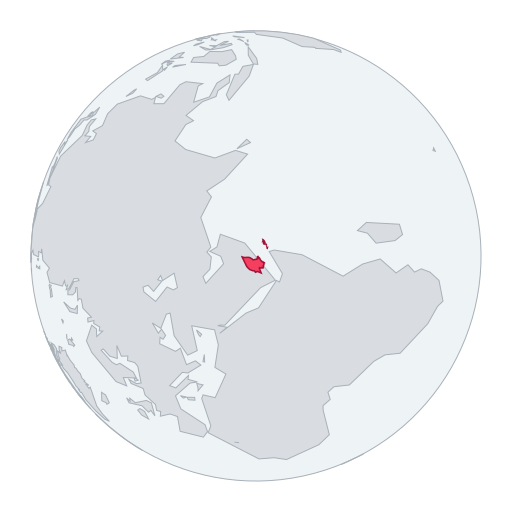 globe centered on Hadramawt, rotated 252°
{"feature_id": "YEM-3497", "entity_name": "Hadramawt", "entity_type": "Governorate", "adm_level": 1, "iso_a3": "YEM", "parent_name": "Yemen", "parent_adm1": "", "projection": "orthographic", "projection_center": [51.058, 15.554], "detail": "fine", "context": "on_globe", "style": "filled", "palette": "rose", "viewbox_px": 512, "rotation_deg": 252, "n_neighbors": 0, "source": "natural_earth", "source_scale": "10m", "svg_char_len": 11869}
<svg xmlns="http://www.w3.org/2000/svg" viewBox="0 0 512 512"><g transform="rotate(252 256 256)"><circle cx="256" cy="256" r="225" fill="#eef3f6" stroke="#a8b0b8"/><path d="M216.2,34.3L215.5,34.4L212.4,35.0L216.2,34.3ZM201.5,37.4L202.7,37.1L195.4,39.1L192.5,39.8L201.5,37.4ZM153.2,55.5L155.5,54.5L140.9,62.4L127.0,71.6L123.6,74.0L122.1,74.8L137.3,64.6L153.2,55.5ZM31.3,272.6L32.2,280.6L34.0,293.9L34.5,297.1L31.3,272.6ZM326.9,42.2L318.9,39.8L319.8,39.9L326.9,42.2ZM312.3,38.2L311.3,38.1L310.3,37.6L312.3,38.2ZM225.7,32.8L226.4,32.7L223.0,33.2L222.2,33.3L218.7,33.8L225.7,32.8ZM220.1,33.6L221.2,33.6L217.1,34.4L216.4,34.2L220.1,33.6ZM231.1,32.1L232.0,32.0L229.4,32.3L231.1,32.1ZM203.1,37.8L205.6,37.0L208.9,36.4L203.1,37.8ZM221.9,33.6L223.3,33.3L224.9,33.1L224.7,33.3L221.9,33.6ZM240.6,31.3L239.0,31.4L244.8,31.0L243.7,31.3L236.8,31.7L239.3,31.6L238.9,31.7L233.7,32.0L240.6,31.3ZM229.3,33.0L220.2,34.2L214.8,35.7L211.7,36.2L220.9,33.8L229.3,33.0ZM232.4,32.3L229.8,32.8L227.2,32.9L227.4,32.7L232.4,32.3ZM245.4,31.4L248.9,30.9L250.3,30.9L245.4,31.4ZM228.3,33.4L230.5,33.1L228.2,33.4L228.3,33.4ZM240.7,31.8L241.7,31.6L243.3,31.6L240.7,31.8ZM234.1,33.0L231.1,33.3L231.1,33.0L234.1,33.0ZM237.5,32.4L239.4,32.5L232.9,32.7L237.7,32.3L237.5,32.4ZM242.0,31.9L243.2,31.8L241.3,32.0L242.0,31.9ZM235.6,34.1L227.5,34.6L227.6,33.8L235.5,33.4L235.6,34.1ZM355.1,53.7L360.5,56.7L366.7,60.1L367.8,60.5L377.0,66.0L392.4,77.0L375.3,66.0L351.3,52.3L360.7,57.3L357.2,55.8L359.7,57.6L366.5,61.6L368.1,62.2L371.9,69.3L385.4,82.4L387.8,80.7L394.0,84.2L411.4,101.1L424.4,128.1L432.7,135.8L436.3,141.5L435.9,146.0L430.7,137.6L426.1,135.4L423.2,130.4L420.8,135.8L416.5,128.9L416.7,137.1L421.7,142.1L425.4,139.4L427.4,150.3L437.1,158.8L443.3,171.0L444.0,195.6L437.2,205.2L437.8,209.4L432.4,205.9L429.3,215.4L442.4,236.5L443.4,243.3L436.4,258.6L435.6,253.6L421.5,244.2L421.7,260.9L432.5,272.2L436.3,287.3L429.2,284.1L425.0,270.9L420.0,267.2L419.3,252.8L411.3,232.9L404.0,238.4L402.7,229.9L390.5,214.5L379.0,222.0L361.9,247.2L362.8,269.1L355.5,279.5L338.8,249.9L333.1,229.3L326.0,231.9L309.7,215.4L278.4,215.8L275.0,210.5L268.9,213.2L257.6,208.0L252.8,199.2L245.5,199.8L258.6,222.8L266.6,222.4L274.7,213.4L276.7,221.7L287.7,228.8L271.8,249.3L227.0,266.9L224.5,250.6L199.8,205.0L201.5,200.2L201.5,199.6L201.3,198.6L197.2,206.4L193.6,197.6L204.8,229.0L205.9,242.4L226.4,267.9L224.0,270.4L231.1,275.7L256.2,269.9L256.0,275.3L243.0,300.2L209.9,332.6L215.4,354.9L214.8,373.2L196.6,384.0L200.7,397.8L191.7,401.8L192.7,409.3L186.9,416.5L176.2,422.5L155.3,419.9L152.0,413.1L138.5,398.4L119.0,363.0L122.1,348.2L119.4,335.5L104.5,304.9L107.6,289.7L104.2,282.3L96.7,282.3L92.9,273.5L88.6,272.2L63.4,270.5L57.1,257.5L53.0,222.1L58.6,210.8L62.1,196.1L102.7,155.9L108.5,160.6L137.2,160.3L140.3,162.7L133.9,173.4L153.0,190.9L162.8,182.5L183.1,192.7L198.6,193.8L209.5,173.3L184.2,170.9L182.8,160.4L205.5,153.5L228.2,156.7L228.4,152.8L216.6,143.1L224.4,136.7L212.8,139.3L215.6,143.5L208.4,145.5L205.5,141.9L208.3,139.6L202.3,137.3L190.2,150.0L191.7,155.6L174.1,156.3L175.0,166.0L169.3,169.9L165.8,155.0L168.1,150.0L159.4,133.8L155.3,139.0L163.3,154.9L159.7,153.2L154.3,161.4L155.5,153.9L147.9,136.2L133.8,137.3L111.3,155.4L104.0,155.6L100.0,150.0L112.7,129.7L127.6,131.7L132.3,125.5L133.2,115.5L137.6,117.3L139.8,113.8L145.8,114.5L158.1,107.5L164.8,107.8L173.3,97.9L177.9,97.0L171.5,102.9L170.7,107.5L187.7,109.5L192.1,107.7L196.3,101.5L200.5,103.2L202.3,97.0L213.9,96.0L201.4,92.4L205.9,86.0L214.9,82.0L214.2,79.6L199.5,86.2L195.7,89.6L196.0,93.4L183.6,103.4L177.0,104.5L181.4,92.3L172.4,92.9L179.8,84.1L215.0,70.0L227.7,68.5L241.0,78.4L235.9,81.7L228.6,79.6L231.9,87.0L233.3,83.7L236.7,85.5L242.0,80.8L244.7,81.9L245.1,75.8L249.0,76.7L248.7,80.6L259.8,75.3L268.9,76.5L270.1,74.8L268.8,72.8L281.2,76.1L281.6,74.8L277.6,73.2L275.7,69.7L277.3,65.1L281.5,66.5L281.5,68.3L287.9,74.7L287.3,80.0L289.2,80.2L290.7,76.0L282.9,68.1L282.6,65.0L287.1,68.2L285.4,66.8L286.6,65.7L291.7,66.2L287.2,62.6L294.5,51.6L305.1,52.2L308.3,55.8L317.8,52.0L329.1,54.4L325.4,52.7L327.5,50.6L324.0,49.7L322.4,48.8L326.2,44.9L330.4,45.6L327.9,43.3L326.0,42.6L322.8,41.8L318.9,39.8L326.9,42.2L355.1,53.7ZM85.6,178.0L83.7,182.2L85.6,178.0ZM250.2,171.5L265.0,172.8L261.5,159.6L266.9,159.3L263.8,155.2L261.2,158.7L254.0,147.7L261.5,144.3L261.3,138.9L256.4,138.3L243.8,146.5L254.0,161.8L249.3,167.0L250.2,171.5ZM117.7,78.2L122.2,74.9L117.6,78.3L111.8,83.2L106.0,88.0L109.9,84.6L108.3,85.9L109.9,84.5L117.7,78.2ZM146.0,95.9L146.8,98.4L142.6,102.0L134.2,103.5L140.1,98.1L146.0,95.9ZM148.8,101.3L155.6,89.9L161.1,89.1L156.8,91.4L159.8,92.0L153.8,95.9L152.5,107.1L148.7,111.1L135.2,110.5L141.7,108.2L140.6,105.6L148.8,101.3ZM163.0,68.0L166.0,64.6L174.1,67.0L170.4,70.0L161.7,71.1L161.0,68.4L163.0,68.0ZM186.3,41.9L187.0,41.6L188.6,41.1L189.4,40.9L186.3,41.9ZM180.2,43.9L179.4,44.2L183.6,42.9L186.6,41.9L197.5,38.7L207.2,36.1L213.0,34.9L214.5,34.9L213.1,35.3L209.7,35.8L210.2,36.0L204.3,37.1L204.0,37.5L185.3,43.0L185.1,42.9L174.5,47.2L169.7,48.5L176.7,45.5L165.1,50.2L169.6,48.1L161.7,51.5L177.9,44.7L178.1,44.6L180.2,43.9ZM228.9,43.1L225.7,42.0L225.5,45.6L219.6,45.5L220.0,45.9L214.5,47.0L208.5,49.3L206.2,49.0L204.9,50.1L201.2,51.1L198.5,52.5L193.6,52.7L190.0,54.7L189.7,53.7L184.7,57.1L186.2,54.7L181.6,56.2L182.6,57.8L162.4,58.2L152.9,61.3L144.0,65.5L147.7,61.7L158.4,55.7L171.6,49.9L180.4,47.9L180.5,46.9L184.7,45.7L182.8,47.0L188.2,44.5L191.1,44.0L202.9,40.8L208.8,38.2L213.3,37.2L212.5,38.1L217.5,36.6L219.0,37.7L222.2,37.2L226.9,38.0L223.5,40.4L227.4,39.7L231.1,40.8L228.9,43.1ZM236.7,34.4L234.0,36.5L229.4,37.7L223.1,35.8L220.0,36.2L215.8,35.7L222.5,34.1L223.1,34.3L225.2,34.2L222.3,34.7L226.2,34.2L227.1,34.7L230.5,34.5L228.7,35.2L236.7,34.4ZM145.7,159.2L148.4,160.1L153.1,160.3L149.8,165.8L145.7,159.2ZM140.2,147.2L142.9,146.9L140.5,154.0L137.7,153.4L140.2,147.2ZM146.5,141.0L143.3,146.3L143.3,143.0L146.5,141.0ZM174.3,102.5L177.5,102.1L177.0,103.7L174.3,105.7L174.3,102.5ZM227.3,56.1L226.2,54.7L227.6,54.3L229.7,50.7L234.2,50.9L234.7,53.1L227.3,56.1ZM204.1,176.5L198.4,180.1L196.6,178.0L198.9,177.1L204.1,176.5ZM171.9,172.9L178.3,176.4L171.0,174.4L171.9,172.9ZM232.6,55.7L232.9,54.1L235.0,55.2L232.6,55.7ZM237.6,50.9L240.4,51.8L235.0,50.5L237.6,50.9ZM301.7,456.9L304.0,458.4L300.2,458.9L301.7,456.9ZM253.8,371.3L241.9,402.2L231.1,402.0L227.7,393.0L231.1,374.2L243.3,369.0L248.8,360.3L253.8,371.3ZM461.8,314.4L464.1,314.2L463.9,315.2L461.8,314.4ZM459.6,312.2L462.6,311.2L458.7,314.6L459.6,312.2ZM463.6,310.8L466.6,307.4L467.9,305.2L467.5,307.4L463.6,310.8ZM457.4,313.2L443.7,317.7L437.7,316.9L439.5,312.8L449.3,310.7L457.4,313.2ZM439.0,312.8L429.2,305.1L412.4,278.4L418.5,277.6L435.4,292.1L434.4,295.6L440.4,302.1L439.0,312.8ZM460.9,286.7L459.8,296.6L452.7,298.4L449.2,298.0L446.8,286.5L448.2,279.8L451.2,279.1L460.4,254.1L464.1,258.0L461.9,268.0L464.8,275.3L460.9,286.7ZM363.9,271.0L369.9,283.2L365.6,285.8L363.9,271.0ZM462.2,237.9L459.8,248.6L461.4,235.0L462.2,237.9ZM462.1,225.6L463.2,230.1L460.9,226.3L462.1,225.6ZM439.5,215.7L436.4,217.8L435.4,214.6L438.7,210.1L439.5,215.7ZM447.9,181.6L451.3,190.9L451.9,194.2L448.9,189.1L447.9,181.6ZM271.8,58.9L263.9,63.3L261.2,67.4L264.4,71.0L256.5,68.2L260.6,61.8L271.8,58.9ZM291.2,52.2L288.4,49.7L291.8,50.1L292.9,50.7L291.2,52.2ZM288.0,51.2L280.4,49.8L280.2,48.0L286.2,49.4L288.0,51.2ZM256.3,51.6L253.6,52.7L252.0,51.7L256.3,51.6ZM445.2,378.3L425.7,400.0L423.4,399.9L428.4,393.5L435.1,376.8L436.2,376.6L440.9,364.6L455.1,348.7L466.6,324.9L469.3,323.6L474.5,306.9L475.8,305.3L472.6,317.8L472.3,319.0L467.1,334.6L460.9,349.6L453.6,364.3L445.2,378.3ZM467.3,312.6L471.1,303.4L472.5,301.9L467.3,312.6ZM478.5,291.0L478.5,291.3L479.2,286.2L479.9,279.7L478.5,280.0L478.2,276.2L479.3,272.1L477.5,270.6L479.5,266.4L479.8,274.6L480.7,266.3L481.1,266.0L478.5,291.0ZM478.3,286.5L478.6,286.1L478.1,289.2L478.3,286.5ZM474.2,282.5L473.9,285.1L473.2,283.7L474.2,282.5ZM475.3,280.3L477.2,281.3L475.0,282.6L475.3,280.3ZM466.5,276.6L467.5,282.1L470.6,276.7L468.2,283.4L469.7,292.2L468.7,296.3L467.4,286.7L465.9,298.1L464.4,298.6L464.2,289.5L466.0,277.3L467.4,271.9L472.7,267.1L466.5,276.6ZM475.5,273.0L474.9,266.4L475.2,261.5L476.0,264.6L475.5,273.0ZM471.9,251.1L468.9,244.4L467.2,248.5L469.8,235.3L472.4,243.9L471.9,251.1ZM467.9,234.7L466.4,238.5L467.3,231.0L467.9,234.7ZM465.4,236.1L464.2,230.7L466.0,230.6L465.4,236.1ZM468.9,234.5L467.6,225.0L469.3,230.0L468.9,234.5ZM460.9,218.9L466.3,226.1L461.0,224.5L456.3,207.0L458.3,205.7L460.9,218.9ZM443.7,145.8L440.8,141.5L441.3,139.8L443.2,143.2L443.7,145.8ZM440.2,131.8L440.4,138.0L440.1,143.8L442.3,145.3L445.9,153.4L440.4,147.1L437.6,137.4L438.5,134.5L434.7,128.1L432.9,123.1L427.1,115.8L425.0,112.3L430.6,118.2L440.2,131.8ZM424.5,112.9L413.7,100.4L416.6,101.0L419.6,103.8L423.3,109.1L421.6,108.4L424.5,112.9ZM412.0,97.7L410.2,97.2L390.6,81.6L387.2,78.6L403.6,89.8L402.8,90.0L407.1,94.0L412.0,97.7ZM313.8,38.7L311.6,38.1L313.5,38.5L313.8,38.7ZM320.5,48.4L318.6,47.2L321.0,47.4L320.5,48.4ZM314.8,44.3L313.4,44.8L313.2,43.7L314.8,44.3ZM310.6,46.4L312.0,44.8L313.2,47.2L310.6,46.4Z" fill="#d9dde1" stroke="#a8b0b8" stroke-width="1"/><path d="M259.4,242.5L259.5,242.5L258.4,244.0L257.8,245.7L257.6,246.8L257.2,248.0L256.8,249.0L256.3,249.7L254.8,251.0L254.5,251.3L254.2,251.5L253.5,251.8L253.4,251.9L253.3,252.0L253.2,252.1L253.1,252.3L253.2,252.5L252.9,253.7L252.9,253.8L253.0,253.9L253.1,254.0L253.0,254.6L252.9,254.7L252.9,254.8L252.8,255.0L252.8,255.3L252.8,255.5L252.7,255.8L252.8,255.9L252.8,256.0L253.1,256.0L253.3,256.2L253.3,256.4L253.2,256.4L253.1,256.5L253.0,256.8L253.0,257.0L253.3,257.1L253.5,257.1L253.8,257.1L254.0,257.0L254.5,257.1L254.8,257.1L254.9,257.3L254.9,257.5L255.0,257.6L255.0,257.8L254.5,257.9L254.1,258.0L253.7,258.1L253.3,258.4L253.3,258.5L253.1,258.5L252.9,258.6L252.7,258.8L252.4,258.8L252.2,258.9L251.8,258.8L251.2,259.0L250.4,259.2L249.9,259.4L249.8,259.5L249.6,259.5L249.4,259.7L249.0,259.8L248.9,259.9L248.9,260.0L248.7,260.0L248.3,260.4L248.2,260.5L248.2,260.8L247.9,260.9L247.9,261.0L247.7,261.1L247.7,261.3L247.4,261.5L247.2,261.8L246.9,261.9L246.9,261.7L246.7,261.5L246.7,261.4L246.6,261.2L246.2,261.0L245.9,260.9L245.6,260.9L245.3,260.9L245.1,260.7L244.9,260.5L244.8,260.4L244.7,260.3L244.7,260.2L244.6,259.9L244.4,259.8L244.1,259.8L243.7,259.8L243.4,259.6L243.1,259.4L242.8,259.2L242.4,258.9L242.5,258.7L243.1,258.1L243.2,257.9L243.0,257.7L242.9,257.6L242.9,257.4L243.1,257.1L243.1,256.8L243.2,256.6L243.4,256.4L243.9,255.7L243.5,255.4L238.2,255.7L240.1,253.5L240.8,252.7L240.7,250.4L241.2,250.4L241.4,250.4L241.5,250.3L241.9,250.1L242.4,249.8L242.5,249.7L242.7,249.0L242.9,248.5L243.0,248.4L243.4,247.9L243.9,247.2L244.5,246.5L244.9,246.1L245.2,245.7L245.3,245.7L245.8,245.4L246.4,245.1L247.1,244.7L247.8,244.4L248.3,244.2L248.5,244.1L248.8,243.9L249.3,243.9L249.9,243.8L250.5,243.7L251.1,243.6L251.7,243.6L252.3,243.5L252.9,243.4L253.5,243.3L254.1,243.2L254.7,243.1L255.3,243.1L255.9,243.0L256.5,242.9L257.1,242.8L257.6,242.7L258.2,242.6L258.8,242.6L259.4,242.5ZM269.1,267.7L269.3,267.7L269.2,267.8L269.0,268.0L268.8,268.0L268.7,268.1L268.4,268.1L268.2,268.2L268.1,268.3L267.9,268.5L267.7,268.5L267.4,268.5L267.2,268.6L266.9,268.6L266.4,268.7L266.0,268.7L265.8,268.6L265.7,268.6L265.5,268.4L265.4,268.3L265.3,268.2L265.1,268.1L264.7,267.9L264.8,267.8L264.9,267.7L265.0,267.7L265.0,267.3L265.3,267.3L265.3,267.2L265.6,267.1L265.8,267.2L266.0,267.1L266.1,267.3L266.4,267.5L266.5,267.5L266.8,267.4L267.0,267.3L267.3,267.4L267.5,267.3L267.5,267.2L267.8,267.2L267.9,267.3L268.0,267.3L268.0,267.2L268.1,267.3L268.3,267.3L268.5,267.5L268.8,267.6L269.1,267.7ZM260.7,269.2L260.8,269.2L261.1,269.2L261.0,269.3L260.9,269.4L260.7,269.3L260.5,269.2L260.4,269.2L260.4,269.3L260.3,269.2L260.2,269.2L259.9,269.1L260.0,269.0L260.3,269.1L260.5,269.1L260.7,269.2ZM263.7,269.2L263.8,269.3L263.7,269.4L263.4,269.3L263.5,269.2L263.7,269.2ZM264.4,269.4L264.5,269.4L264.6,269.5L264.4,269.4Z" fill="#f43f5e" stroke="#9f1239" stroke-width="1.5"/></g></svg>